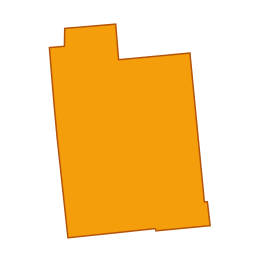 Crawford, Missouri, United States of America (Mercator projection), rotated 174°
{"feature_id": "52423323B82106170335401", "entity_name": "Crawford", "entity_type": "district", "adm_level": 2, "iso_a3": "USA", "parent_name": "United States of America", "parent_adm1": "Missouri", "projection": "mercator", "projection_center": [-91.306, 37.954], "detail": "fine", "context": "isolated", "style": "filled", "palette": "amber", "viewbox_px": 256, "rotation_deg": 174, "n_neighbors": 0, "source": "geoboundaries", "source_scale": "gbopen_adm2", "svg_char_len": 351}
<svg xmlns="http://www.w3.org/2000/svg" viewBox="0 0 256 256"><g transform="rotate(174 128 128)"><path d="M110.9,22.8L56.5,22.3L56.8,46.4L59.8,46.4L58.6,196.1L130.2,196.9L129.4,232.6L180.5,233.7L182.7,215.9L197.8,216.2L199.0,162.5L199.5,126.6L199.2,25.1L111.6,25.1L110.9,23.5L110.9,22.8Z" fill="#f59e0b" stroke="#b45309" stroke-width="1.5"/></g></svg>